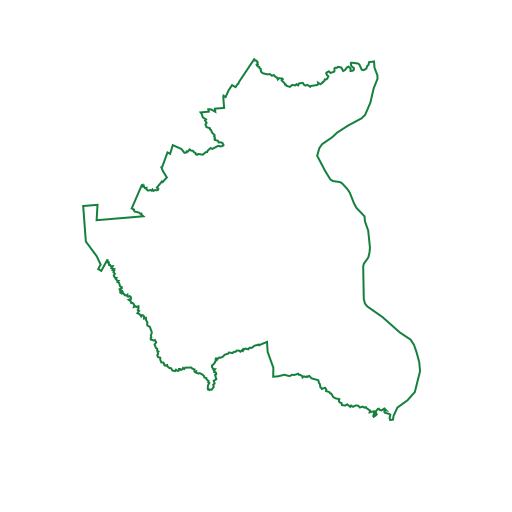 Colón, Entre Ríos, Argentina, rotated 346°
{"feature_id": "61730980B75281068807854", "entity_name": "Colón", "entity_type": "district", "adm_level": 2, "iso_a3": "ARG", "parent_name": "Argentina", "parent_adm1": "Entre Ríos", "projection": "albers", "projection_center": [-58.335, -32.025], "detail": "fine", "context": "isolated", "style": "outline", "palette": "green", "viewbox_px": 512, "rotation_deg": 346, "n_neighbors": 0, "source": "geoboundaries", "source_scale": "gbopen_adm2", "svg_char_len": 6090}
<svg xmlns="http://www.w3.org/2000/svg" viewBox="0 0 512 512"><g transform="rotate(346 256 256)"><path d="M302.4,64.1L281.5,83.1L280.5,84.7L279.7,84.8L277.0,87.2L274.1,84.4L269.5,88.6L264.9,94.5L263.3,92.6L262.7,93.8L260.9,104.6L251.8,103.1L251.4,106.2L248.1,103.0L245.2,102.1L245.1,104.5L237.0,103.3L237.7,104.9L237.9,108.6L240.6,111.4L239.3,112.3L240.3,114.8L238.8,116.1L239.1,118.9L242.2,120.9L242.0,122.0L242.8,122.9L243.2,125.7L245.1,128.7L244.3,129.8L244.8,130.8L244.1,132.4L244.5,132.6L244.2,133.5L246.9,135.0L247.2,136.7L249.8,137.4L251.0,138.7L251.3,140.6L250.9,140.9L248.3,141.2L245.9,140.0L239.5,141.5L238.1,140.3L234.7,142.0L233.8,143.3L232.4,143.1L228.9,144.8L224.6,143.0L223.6,143.6L222.2,142.8L222.2,141.3L220.9,140.3L220.2,138.6L218.5,138.0L217.3,136.5L215.4,138.1L214.1,137.7L213.8,138.7L211.5,138.6L209.5,134.1L202.1,128.3L197.4,136.1L195.2,134.1L186.6,146.8L185.6,147.0L186.3,151.3L188.5,158.2L183.3,161.7L182.8,160.9L176.4,165.6L177.5,167.2L176.9,168.1L175.8,168.3L174.1,167.6L172.3,168.0L171.6,166.4L170.6,167.4L169.6,166.5L167.1,166.4L165.8,164.9L166.3,163.3L164.6,163.2L164.1,161.2L163.6,161.3L163.9,160.5L163.1,160.5L163.2,159.5L162.3,159.6L146.9,179.8L148.9,181.5L148.5,182.4L149.1,183.6L152.8,185.4L154.0,187.0L155.0,187.1L154.8,188.0L156.3,190.2L110.0,182.7L114.6,168.0L100.4,165.7L94.4,200.8L101.4,217.7L103.2,226.7L99.7,230.5L102.3,233.0L110.6,224.0L111.0,224.2L110.3,225.3L111.1,226.0L110.5,226.3L111.6,227.0L111.2,229.0L112.3,229.4L112.6,230.9L114.5,231.2L112.8,233.0L115.2,234.4L113.6,235.2L114.8,236.0L113.8,237.3L114.8,239.1L113.3,240.4L113.3,241.1L114.0,243.1L115.3,243.5L114.4,244.5L115.6,246.6L116.5,246.9L115.3,247.8L116.6,248.9L116.8,252.6L118.2,253.6L118.0,254.8L115.6,255.2L115.6,255.9L117.4,257.4L117.3,258.0L115.6,257.9L115.4,258.5L116.4,259.7L117.9,258.5L118.2,260.8L119.0,261.2L119.2,262.3L121.0,263.0L121.8,262.6L121.5,264.1L122.2,264.6L123.7,264.3L124.6,265.5L124.4,267.3L121.9,267.7L123.5,269.4L123.5,271.3L124.9,271.7L125.9,273.5L126.0,274.5L125.2,275.9L127.1,275.7L127.8,276.6L129.8,276.3L129.5,278.0L128.2,279.9L129.3,281.0L127.1,282.8L129.1,284.4L130.0,286.9L131.1,285.8L132.2,286.4L132.7,287.5L132.3,289.6L134.2,289.3L133.8,291.8L134.6,294.2L133.8,295.9L133.9,297.3L135.8,299.0L136.4,304.1L136.3,305.4L134.7,307.7L134.7,309.8L133.9,310.3L133.7,311.6L136.4,313.3L137.6,313.1L138.3,315.6L136.2,317.2L136.6,320.9L137.7,322.1L137.2,324.0L138.2,325.1L137.4,325.6L137.2,327.5L136.2,328.3L136.4,330.3L138.5,331.5L138.0,333.4L138.4,336.4L140.2,336.9L140.8,338.3L140.4,339.1L141.4,340.5L143.4,340.3L143.3,341.6L144.9,343.8L146.4,344.3L147.2,346.9L149.6,348.1L150.8,347.0L151.9,348.4L153.2,348.6L154.0,347.0L155.1,347.3L155.7,348.4L157.5,348.0L158.2,347.0L159.1,348.2L160.3,347.2L166.3,348.6L166.9,349.9L168.9,351.2L168.3,353.3L168.9,354.0L170.1,353.6L169.8,354.8L171.6,356.1L173.0,356.0L175.1,357.8L176.5,359.8L176.5,361.3L178.3,362.5L178.2,363.7L179.8,366.0L179.1,367.0L180.0,367.9L178.1,369.9L177.1,373.0L177.3,374.1L178.1,374.0L178.4,374.8L179.1,374.5L180.7,375.0L183.4,372.7L183.3,370.6L185.0,369.7L184.8,366.9L187.7,365.9L187.5,361.5L188.7,361.2L189.0,360.2L188.7,359.2L187.3,358.5L188.0,357.4L187.5,356.8L188.8,355.9L187.1,355.3L186.4,352.9L186.9,351.5L188.0,351.2L190.3,349.5L190.8,348.4L192.9,347.4L191.9,346.3L192.5,345.6L193.9,346.4L195.8,345.6L196.5,346.1L199.2,345.8L201.8,344.2L205.3,344.0L206.4,343.1L209.8,344.5L211.0,343.7L213.1,344.0L214.3,343.1L216.6,343.7L217.7,345.1L219.1,344.3L220.1,345.1L220.5,344.6L220.2,343.7L221.2,343.2L221.6,343.9L223.2,343.2L225.9,344.7L227.5,343.5L229.6,344.1L232.8,342.7L236.5,342.7L237.3,343.3L237.6,342.8L238.1,343.2L245.9,342.0L244.1,351.8L245.8,368.6L243.5,377.3L248.3,378.1L254.9,378.1L258.7,380.3L260.4,380.6L262.1,379.9L264.3,380.7L268.6,380.5L268.8,381.6L270.1,382.0L271.8,383.7L271.8,385.1L273.5,384.4L274.9,385.5L276.3,385.1L276.6,385.8L278.7,385.2L280.2,388.1L286.4,391.6L286.4,394.5L287.0,395.8L286.7,398.9L287.7,400.1L287.7,400.9L291.2,400.6L291.9,402.5L291.3,404.0L294.1,405.7L294.7,407.2L295.7,407.7L296.9,411.7L299.1,413.6L302.2,415.0L301.3,416.7L301.8,418.4L303.4,419.4L303.3,421.4L306.3,422.7L308.6,422.0L311.0,425.2L312.1,424.1L313.6,425.8L316.6,425.1L319.0,426.0L320.1,428.1L323.2,428.0L324.5,429.4L326.0,429.2L326.4,430.4L329.3,433.5L328.4,435.2L332.8,435.2L332.5,437.1L331.0,439.7L331.3,440.5L333.5,439.7L333.3,438.5L334.2,439.2L334.8,438.9L334.3,436.0L337.2,433.9L338.3,433.9L338.7,435.2L340.4,436.2L343.7,435.0L345.0,437.3L343.5,436.5L342.8,438.4L343.1,439.2L347.2,441.6L347.9,442.7L346.4,445.5L346.5,447.6L349.4,447.9L350.6,444.7L356.5,437.3L368.0,432.7L377.2,426.4L387.3,407.5L388.7,398.5L388.5,388.4L387.8,380.6L385.8,374.6L377.0,364.9L363.9,345.8L351.8,331.9L350.2,328.5L350.2,323.7L357.5,292.0L358.7,289.7L364.7,284.5L367.1,279.8L368.6,275.4L371.0,258.5L370.1,248.8L370.9,243.8L365.0,233.4L363.8,228.5L362.3,217.2L360.7,212.9L357.0,206.1L355.2,204.5L348.9,202.0L346.7,199.8L343.7,190.3L339.6,173.5L343.6,166.6L347.2,163.5L358.9,159.1L364.4,156.0L376.9,151.7L391.6,148.0L395.9,145.6L404.0,135.0L410.8,121.7L416.8,113.4L417.5,109.9L416.5,101.9L417.6,95.8L412.6,95.3L411.3,97.9L409.9,98.5L408.4,100.9L405.4,101.7L403.7,100.9L402.6,95.3L401.7,94.0L396.9,92.0L395.0,91.5L394.6,91.9L394.4,94.7L396.5,97.5L395.9,99.1L394.7,99.6L392.5,99.4L393.1,97.1L391.6,94.6L389.7,95.1L387.3,97.1L385.3,97.6L384.4,93.8L381.3,92.3L379.9,93.0L378.4,92.5L377.4,93.1L376.9,95.5L376.3,96.1L372.6,96.4L371.3,94.4L368.7,95.2L368.3,95.8L368.7,97.7L369.7,99.1L368.2,101.0L367.0,101.7L365.5,101.3L364.6,102.8L363.0,103.2L362.6,102.7L362.8,103.8L360.0,104.9L358.2,103.0L358.2,103.8L357.0,104.9L350.2,104.3L349.5,104.9L347.2,102.3L345.4,102.6L344.3,102.0L343.2,99.3L339.6,99.0L338.1,100.6L336.9,99.1L335.4,100.0L332.6,98.8L329.8,100.1L326.7,98.2L326.5,97.0L325.5,96.6L325.6,95.4L323.4,91.9L324.8,90.9L324.4,90.2L321.2,89.0L319.9,90.0L319.4,87.7L318.5,87.3L317.0,84.7L315.1,85.0L313.5,82.9L310.9,82.5L306.6,80.2L305.5,78.3L305.8,75.4L304.9,74.8L304.9,73.2L303.5,72.4L302.9,70.7L304.2,70.4L303.9,69.1L304.5,68.4L303.7,66.6L301.7,65.8L302.4,64.1Z" fill="none" stroke="#15803d" stroke-width="2"/></g></svg>